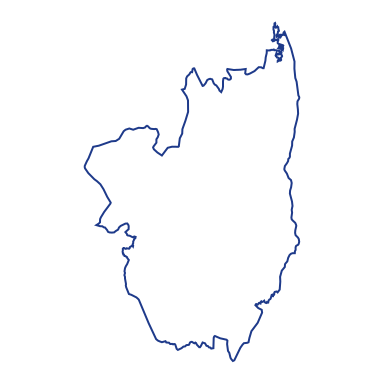 the district of Kasenga, Katanga, Democratic Republic of the Congo
{"feature_id": "63176286B77262619841164", "entity_name": "Kasenga", "entity_type": "district", "adm_level": 2, "iso_a3": "COD", "parent_name": "Democratic Republic of the Congo", "parent_adm1": "Katanga", "projection": "equal_earth", "projection_center": [28.249, -10.367], "detail": "fine", "context": "isolated", "style": "outline", "palette": "blue", "viewbox_px": 384, "rotation_deg": 0, "n_neighbors": 0, "source": "geoboundaries", "source_scale": "gbopen_adm2", "svg_char_len": 5911}
<svg xmlns="http://www.w3.org/2000/svg" viewBox="0 0 384 384"><path d="M148.7,323.3L156.1,339.1L157.9,340.6L159.7,341.4L161.9,342.2L165.5,341.2L166.3,342.5L169.0,342.7L170.2,344.0L172.2,343.9L173.1,344.4L173.9,344.0L174.8,344.1L175.3,344.7L176.7,348.9L177.9,349.9L181.5,348.2L183.4,346.6L185.1,346.4L186.4,345.1L188.8,344.9L189.2,344.4L190.0,342.5L191.1,341.9L192.0,341.9L193.9,343.1L194.6,343.3L195.3,342.6L196.1,343.1L196.8,344.6L199.2,347.2L200.0,347.2L200.8,346.1L202.6,342.5L205.0,343.3L206.5,345.8L207.8,346.0L209.0,347.4L210.4,347.6L211.2,348.6L213.4,348.2L213.7,337.9L214.2,336.5L214.9,336.0L220.2,338.3L226.5,339.7L227.4,340.6L227.1,344.1L228.0,350.9L229.3,352.9L230.5,357.8L231.4,359.3L232.9,361.0L234.3,360.3L240.4,347.7L242.5,344.7L243.9,343.2L247.3,342.8L248.5,342.3L249.4,338.0L251.4,331.2L257.7,322.8L262.1,312.6L261.7,309.8L258.3,308.1L255.4,305.2L255.9,304.2L256.4,304.1L256.9,304.7L257.6,304.7L259.0,302.9L259.4,302.8L259.8,303.4L260.5,303.6L261.0,301.6L261.3,301.3L262.1,302.0L262.8,301.8L264.2,300.7L264.8,302.2L265.5,302.8L266.3,303.0L266.9,302.1L267.7,302.7L268.2,302.6L268.6,300.5L269.3,299.6L270.3,299.1L270.7,298.4L271.7,294.9L272.2,294.7L272.2,296.1L273.0,296.2L273.3,294.8L273.9,294.9L274.2,294.5L274.3,292.6L274.8,291.9L276.6,291.5L277.6,292.4L279.7,289.6L280.3,281.6L280.1,276.8L281.8,270.6L284.8,267.0L285.0,264.4L285.3,263.7L287.3,261.4L288.2,257.8L289.6,255.0L290.9,253.8L292.5,253.2L294.8,253.2L294.9,251.3L295.6,249.9L295.6,247.2L296.2,245.8L298.2,244.7L298.7,243.8L299.2,241.8L298.8,239.1L298.0,237.6L295.6,235.2L295.1,232.9L295.3,230.3L296.3,225.8L296.0,224.6L295.2,222.8L292.6,220.4L291.7,219.3L291.4,217.5L292.1,212.7L291.7,209.8L292.5,206.0L292.0,201.5L289.9,193.6L290.1,190.5L291.1,187.3L291.7,183.0L291.0,180.1L288.6,178.0L286.9,173.6L284.7,170.4L284.3,169.1L284.9,166.0L287.0,163.1L288.1,161.1L288.3,159.0L289.3,158.0L289.9,156.8L289.9,153.6L292.1,145.6L292.2,141.5L293.9,137.5L294.7,131.9L294.6,128.9L297.0,119.7L298.1,113.7L297.9,109.5L297.3,104.1L297.5,101.3L299.0,98.9L299.3,97.7L299.1,96.7L298.4,95.5L296.6,81.7L295.3,78.0L294.4,68.7L294.5,61.5L291.1,48.5L284.5,31.7L283.7,32.4L283.5,32.9L283.4,33.9L284.1,34.2L284.1,34.9L283.2,34.6L282.6,35.0L281.9,34.7L280.9,35.0L280.4,34.7L279.7,34.8L279.6,35.3L280.0,35.6L281.4,35.7L280.3,37.6L279.6,37.6L279.5,36.6L279.2,36.4L278.6,36.9L278.2,36.7L278.2,36.3L277.8,35.4L277.2,35.6L277.4,36.5L276.7,36.8L276.6,35.4L277.0,34.4L277.7,33.9L278.0,31.5L278.8,31.1L278.9,30.4L278.5,29.6L278.2,27.3L277.4,27.4L277.2,28.1L277.4,26.8L277.2,26.3L275.9,27.7L275.1,27.1L275.0,25.5L275.3,23.6L275.1,23.0L274.5,23.4L274.4,26.1L273.5,26.9L273.5,29.7L274.0,30.9L273.9,32.5L274.5,34.7L274.1,38.4L274.4,38.9L273.8,39.4L272.4,39.6L271.9,40.1L272.9,41.3L274.4,40.8L275.4,39.8L276.7,40.1L277.0,39.5L277.9,39.1L278.4,39.9L277.7,41.9L277.7,42.9L277.8,43.3L279.5,44.5L279.1,46.7L280.3,46.6L281.5,45.5L281.9,45.6L281.3,44.7L283.1,45.3L283.3,45.6L282.6,46.9L282.6,47.4L283.2,48.1L283.1,48.7L282.7,48.6L282.7,49.3L281.4,47.7L280.0,47.6L280.2,47.3L281.0,47.3L282.5,48.2L281.8,47.4L280.8,47.1L279.0,47.3L278.2,48.4L280.4,48.9L281.4,48.7L281.9,49.5L281.8,50.4L281.3,51.4L281.5,52.7L281.0,54.2L281.9,55.3L282.1,56.2L281.4,57.3L280.3,58.1L281.1,59.1L281.1,60.1L280.5,60.6L278.9,60.7L277.7,61.4L277.7,60.8L278.3,59.9L279.0,59.5L278.6,59.2L278.6,58.2L278.0,57.6L276.8,57.4L276.5,56.2L275.9,56.1L275.6,55.6L276.3,53.6L276.5,54.4L277.2,53.8L278.1,54.5L278.4,54.4L278.5,53.8L279.6,54.2L280.0,52.9L279.9,52.7L279.5,52.9L279.8,52.0L279.8,51.4L279.5,51.0L277.0,50.7L276.0,50.2L274.3,50.2L273.8,49.5L272.8,49.9L271.1,49.9L270.6,50.3L270.0,50.2L269.1,50.5L266.8,50.3L266.7,53.1L265.7,57.4L265.4,60.7L263.6,68.2L262.8,68.2L261.2,67.3L258.7,67.2L254.5,71.1L249.8,73.6L247.7,74.4L246.1,74.3L245.2,73.3L245.7,69.0L240.6,69.7L233.8,70.0L227.4,69.0L227.1,69.7L227.4,71.3L230.9,76.9L230.9,78.7L229.7,79.7L228.7,79.7L227.7,79.3L227.0,78.5L225.9,78.4L225.5,78.0L224.0,78.1L223.4,78.6L223.0,81.1L223.0,86.7L222.6,89.0L221.2,92.1L219.5,90.6L218.8,88.8L216.3,85.4L214.8,84.6L213.7,83.2L212.2,79.4L210.1,78.8L208.5,79.3L207.2,80.1L205.5,83.4L203.5,85.7L202.6,85.9L197.0,74.8L194.3,68.4L193.4,68.4L192.6,69.1L192.1,72.2L190.9,72.1L190.4,72.5L189.3,74.4L187.1,76.4L186.2,78.4L186.1,84.5L184.7,88.9L182.0,89.6L186.5,96.3L188.0,100.4L188.1,111.9L185.4,120.8L182.4,129.2L182.2,133.6L179.8,138.3L178.8,146.4L178.3,146.8L172.1,146.7L167.7,147.8L161.9,155.5L157.4,152.5L153.9,149.3L153.1,147.5L153.5,146.5L156.4,142.7L156.4,139.3L157.7,137.3L158.7,134.5L158.0,132.0L156.7,129.2L155.7,128.9L154.2,129.1L151.1,128.8L149.7,128.2L148.1,126.4L147.0,125.8L145.8,126.5L145.2,127.4L143.2,128.1L138.6,127.8L133.2,129.7L129.3,128.5L125.6,129.7L123.7,131.2L119.2,138.8L115.7,141.0L111.4,141.3L98.8,145.7L93.2,146.8L88.5,158.4L86.9,161.2L84.8,165.8L84.7,167.0L85.0,168.3L88.3,173.1L94.3,179.2L97.0,181.2L100.4,184.3L103.5,189.2L107.2,196.8L110.7,202.6L110.4,203.6L104.2,211.9L100.9,217.3L100.1,219.1L100.0,222.3L98.9,223.5L96.4,225.1L100.0,226.2L102.4,226.3L103.7,227.3L105.0,227.5L107.2,230.2L108.0,231.8L109.4,232.4L111.8,232.6L114.1,232.4L115.8,231.0L118.1,229.6L119.0,227.5L120.7,225.9L125.4,223.6L127.3,223.5L128.3,224.9L128.7,226.1L128.6,229.2L125.4,232.1L126.8,233.8L127.2,235.1L127.9,235.5L129.6,235.7L132.6,237.2L133.4,237.1L134.2,236.5L135.6,236.9L135.3,238.3L134.1,239.1L133.9,240.1L133.2,241.5L133.2,243.2L132.6,244.3L133.2,245.7L133.0,246.5L132.5,245.8L131.9,245.8L129.9,247.1L129.6,248.2L129.2,248.3L129.0,248.7L126.5,248.3L126.0,248.8L125.3,248.8L124.1,248.0L123.5,248.0L122.8,248.8L122.9,250.1L122.6,251.6L122.9,253.4L123.2,253.4L123.4,254.6L124.0,254.7L124.5,256.0L125.6,256.1L126.5,257.0L127.1,257.2L127.3,258.1L128.8,260.0L127.2,264.0L125.8,266.3L125.0,268.2L124.5,271.3L125.0,273.0L124.4,275.1L125.0,276.9L125.0,278.5L126.0,284.1L125.8,285.4L126.2,287.3L128.9,294.0L131.3,294.8L136.4,297.4L138.4,299.2L138.9,299.9L148.7,323.3Z" fill="none" stroke="#1e3a8a" stroke-width="2"/></svg>